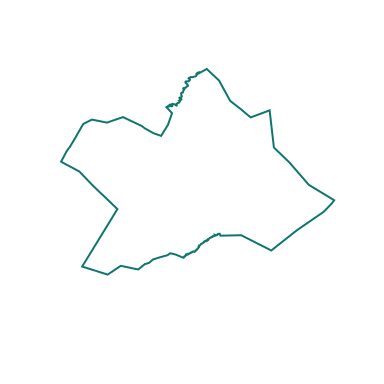 outline of O'ndor-Ulaan, Arhangay, Mongolia, rotated 27°
{"feature_id": "93677404B74246674893710", "entity_name": "O'ndor-Ulaan", "entity_type": "district", "adm_level": 2, "iso_a3": "MNG", "parent_name": "Mongolia", "parent_adm1": "Arhangay", "projection": "orthographic", "projection_center": [100.716, 48.014], "detail": "fine", "context": "isolated", "style": "outline", "palette": "teal", "viewbox_px": 384, "rotation_deg": 27, "n_neighbors": 0, "source": "geoboundaries", "source_scale": "gbopen_adm2", "svg_char_len": 5211}
<svg xmlns="http://www.w3.org/2000/svg" viewBox="0 0 384 384"><g transform="rotate(27 192 192)"><path d="M154.3,303.9L162.1,290.1L175.5,286.5L179.3,285.4L182.7,277.7L185.9,274.7L187.9,269.8L192.9,264.9L198.9,259.4L200.5,256.4L206.2,255.1L214.2,254.5L214.3,254.3L214.4,254.2L214.3,253.8L214.3,253.5L214.3,253.3L214.3,253.0L214.4,252.9L214.6,252.8L214.9,252.8L215.0,252.7L215.1,252.4L214.9,251.9L215.0,251.8L215.0,251.6L215.2,251.4L215.3,251.1L215.3,250.9L215.5,250.8L215.6,250.7L215.4,250.7L215.2,250.6L215.0,250.4L215.1,250.1L215.4,250.1L215.6,250.0L215.9,250.0L216.1,249.9L216.1,249.7L216.3,249.3L216.3,249.2L216.6,249.1L216.6,248.8L216.9,248.8L217.0,248.6L217.3,248.5L217.4,248.4L217.6,248.1L217.8,248.0L217.9,247.9L217.9,247.5L218.0,247.3L218.3,247.1L218.3,246.8L218.4,246.5L218.5,246.3L218.7,246.2L218.9,246.1L219.0,246.1L219.0,245.7L219.3,245.5L219.7,245.3L219.8,244.8L219.9,244.5L220.2,244.3L220.6,244.1L220.8,244.0L221.0,244.0L221.3,244.2L221.5,244.0L221.6,243.9L221.7,243.5L221.9,243.2L222.0,243.1L222.0,242.8L221.9,242.6L221.7,242.3L221.8,242.1L222.0,242.0L222.1,241.9L222.2,241.7L222.6,241.1L222.8,240.8L222.8,240.7L222.5,240.2L222.5,239.9L223.0,239.4L223.0,238.9L223.1,238.7L223.2,238.2L222.9,238.1L222.6,237.8L222.6,237.6L222.6,237.4L222.8,237.1L222.9,236.8L222.7,236.6L222.6,236.4L222.8,236.3L223.1,236.3L223.3,236.1L223.4,235.9L223.5,235.6L223.5,235.3L223.5,235.1L223.6,234.8L223.6,234.5L223.6,234.2L223.8,233.9L224.0,233.7L224.4,233.5L224.5,233.3L224.6,232.9L224.7,232.7L225.1,232.2L225.1,231.7L225.2,231.3L225.3,231.2L225.5,231.1L225.4,230.8L225.4,230.7L225.6,230.6L225.8,230.7L226.0,230.2L225.9,230.0L225.8,229.9L226.2,229.5L226.3,229.3L226.4,229.2L226.7,229.1L226.8,228.9L227.0,228.8L227.3,228.9L227.3,228.7L227.7,228.2L227.4,228.1L227.2,227.9L227.3,227.7L227.8,227.8L227.9,227.7L227.7,227.1L227.6,226.8L227.7,226.7L227.8,226.5L227.9,226.4L228.2,226.5L228.2,226.4L228.3,226.1L228.4,225.9L228.6,225.2L228.7,224.9L228.9,224.7L229.1,224.4L229.6,224.0L229.9,223.6L230.0,223.5L229.9,223.1L230.0,222.9L230.5,222.9L230.7,222.7L230.8,222.4L230.8,222.2L230.8,221.8L230.8,221.6L231.2,221.4L231.3,221.2L231.6,221.0L231.7,220.8L231.8,220.8L232.0,220.9L232.2,220.7L232.1,220.4L232.3,220.2L232.2,220.1L232.0,219.9L232.4,219.9L232.5,219.8L232.7,219.7L232.8,219.8L233.0,219.8L233.1,219.7L233.3,219.4L233.6,219.3L233.7,219.2L233.8,219.0L233.8,218.9L234.1,218.7L234.1,218.2L234.0,217.9L234.2,217.6L234.3,217.5L234.8,217.2L235.0,217.2L235.2,216.9L235.4,216.8L235.5,216.9L235.7,216.7L237.2,218.0L255.4,208.2L289.2,208.1L302.9,178.3L318.4,149.7L321.8,138.6L322.4,134.8L292.9,132.6L265.2,121.4L244.8,115.2L233.7,98.5L224.1,84.0L216.7,92.1L210.4,98.9L197.3,95.9L184.7,93.5L165.5,80.4L149.3,75.7L144.2,83.2L143.7,82.3L143.0,83.2L142.7,83.8L142.4,84.2L142.4,84.7L142.8,84.6L143.1,85.7L143.1,86.2L143.1,86.7L142.9,87.1L142.7,87.4L142.3,87.7L141.8,88.0L141.4,88.4L140.9,88.9L140.7,89.0L140.1,89.6L139.7,89.8L139.3,89.9L139.0,90.0L138.9,90.0L138.6,90.3L138.3,90.7L137.8,91.5L137.4,91.9L137.3,92.4L137.4,92.5L138.0,92.4L138.4,92.3L138.8,92.4L139.0,92.6L139.2,92.9L139.2,93.3L139.2,93.7L139.1,94.0L138.8,94.5L138.4,95.1L137.7,95.5L137.2,95.7L136.6,96.1L136.3,96.4L136.2,96.8L136.3,97.3L136.6,97.5L137.0,97.7L137.2,97.8L137.6,97.8L137.9,97.9L138.1,98.0L138.3,98.1L138.7,98.3L139.1,98.4L139.4,98.6L140.1,98.9L140.3,99.1L140.0,99.8L139.7,100.1L139.4,100.5L139.3,100.9L139.1,101.7L139.0,102.0L138.7,102.3L138.4,102.5L137.9,102.7L137.5,103.0L137.3,103.2L137.2,103.7L137.2,103.8L137.3,103.9L137.5,103.9L137.8,103.8L138.1,103.8L138.3,103.8L138.5,104.0L138.4,104.6L138.3,104.9L138.3,105.3L138.3,105.7L138.4,106.1L138.5,106.6L138.6,106.9L138.7,107.2L138.7,107.4L138.6,107.7L138.3,107.9L137.8,108.2L137.6,108.4L137.5,108.6L137.5,109.0L138.1,109.9L138.3,110.4L138.4,110.5L138.6,110.7L139.1,110.9L139.4,111.1L139.5,111.3L139.6,111.6L139.5,111.9L139.4,112.4L139.2,112.8L138.9,113.0L138.4,113.2L138.2,113.4L138.0,113.8L138.3,114.1L138.7,114.3L139.0,114.3L139.3,114.2L139.7,114.1L140.0,113.9L140.2,114.0L140.5,114.1L140.5,114.3L140.4,114.7L140.3,115.0L140.1,115.3L139.9,115.6L139.5,115.8L139.2,116.0L139.0,116.6L139.4,116.7L139.8,116.8L139.9,116.7L140.1,116.9L140.1,117.1L140.0,117.3L139.9,117.6L139.9,117.8L139.9,118.2L139.8,118.5L139.6,118.7L139.4,118.8L139.1,119.0L138.8,119.2L138.6,119.6L138.4,120.0L138.4,120.4L138.2,120.8L138.4,121.0L138.9,121.5L139.0,121.5L139.1,121.8L139.0,122.0L138.8,122.2L138.6,122.2L138.0,121.9L137.7,121.7L137.2,121.7L136.7,121.8L136.3,121.9L136.0,122.0L135.6,122.1L134.7,122.3L134.4,122.5L134.2,122.9L134.3,123.1L134.6,123.4L135.0,123.7L135.4,124.0L135.5,124.2L135.5,124.4L135.4,124.5L135.1,124.7L134.6,125.0L134.3,125.1L134.1,125.1L133.9,125.0L133.8,124.9L133.7,124.7L133.3,124.7L133.1,124.7L132.9,124.6L132.9,124.1L132.7,124.1L132.4,124.4L132.4,124.6L132.4,125.0L132.5,125.5L132.6,126.0L132.6,126.3L132.3,126.5L131.8,126.5L131.6,126.5L131.3,126.8L131.1,127.1L130.7,128.0L138.4,130.8L140.1,143.0L139.0,156.0L130.9,157.1L121.1,156.7L117.4,156.0L96.5,156.6L84.7,168.8L70.0,172.9L64.3,180.6L64.1,182.8L63.6,192.4L63.5,195.7L62.7,207.3L61.8,212.2L61.6,224.4L67.1,224.6L82.4,224.9L99.0,230.7L108.2,233.6L115.3,235.6L133.3,241.1L128.0,308.3L154.3,303.9Z" fill="none" stroke="#0f766e" stroke-width="2"/></g></svg>